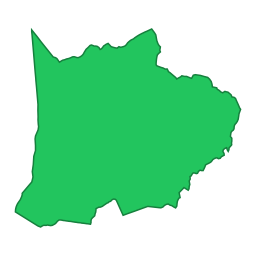 Paulo Afonso, Bahia, Brazil (Equal Earth projection)
{"feature_id": "56859067B73144667932966", "entity_name": "Paulo Afonso", "entity_type": "district", "adm_level": 2, "iso_a3": "BRA", "parent_name": "Brazil", "parent_adm1": "Bahia", "projection": "equal_earth", "projection_center": [-38.262, -9.532], "detail": "fine", "context": "isolated", "style": "filled", "palette": "green", "viewbox_px": 256, "rotation_deg": 0, "n_neighbors": 0, "source": "geoboundaries", "source_scale": "gbopen_adm2", "svg_char_len": 3525}
<svg xmlns="http://www.w3.org/2000/svg" viewBox="0 0 256 256"><path d="M151.7,29.0L149.5,30.0L147.6,30.9L146.5,31.4L145.2,31.9L143.2,32.9L142.1,33.4L139.4,34.8L136.8,36.4L134.6,37.9L133.5,38.9L132.1,39.5L130.6,40.3L129.0,41.6L127.6,42.9L126.3,44.8L124.8,46.1L123.1,46.7L120.8,47.3L118.9,46.7L117.2,48.1L115.5,47.9L112.8,47.2L111.1,46.6L108.1,43.4L106.1,44.3L104.7,45.3L103.6,46.0L102.6,47.5L101.4,48.8L100.1,49.5L99.0,47.6L97.3,46.4L96.0,46.1L94.3,46.1L92.6,45.4L91.3,45.0L90.0,45.5L88.9,46.7L87.9,47.7L86.1,49.3L84.6,51.7L83.1,54.4L81.6,55.9L80.0,56.9L78.4,57.6L76.9,57.6L75.6,57.1L74.0,56.7L72.4,56.9L70.8,57.7L68.7,58.5L66.4,59.0L64.8,59.7L62.7,60.2L61.3,61.0L59.4,62.2L58.1,60.3L56.9,58.6L55.6,57.7L53.2,57.0L40.8,41.5L38.7,38.7L36.7,36.1L31.7,29.9L31.7,31.7L32.0,34.3L33.2,48.3L35.1,71.1L35.8,78.7L35.9,80.5L36.5,86.9L38.0,104.5L37.9,110.2L38.1,116.7L38.0,119.9L38.3,124.4L38.6,126.6L38.1,129.9L35.5,136.0L35.1,139.0L35.5,145.5L35.5,150.6L33.8,156.3L33.3,164.5L32.3,171.6L33.0,177.0L31.8,182.0L29.8,184.3L28.2,186.2L22.2,193.3L22.2,194.9L21.5,197.0L20.3,199.7L18.9,201.7L17.6,203.6L16.7,205.5L16.1,207.1L15.6,209.2L15.4,211.9L38.0,226.0L40.6,227.0L41.7,226.3L43.2,225.4L44.6,225.3L46.1,225.4L47.5,225.0L48.8,225.3L50.7,225.6L52.4,225.3L53.5,224.7L55.0,223.9L56.4,222.6L57.3,221.3L59.1,220.0L60.7,220.0L62.0,220.2L63.3,220.5L64.6,220.6L66.3,220.9L67.9,221.1L69.1,221.3L70.7,221.4L72.8,221.8L74.7,222.1L76.4,222.3L78.0,222.6L79.3,222.7L80.6,222.8L81.8,223.1L83.0,223.2L84.7,223.4L86.6,223.7L88.0,223.8L89.2,224.0L90.5,224.2L91.0,222.6L91.0,220.7L91.4,219.1L92.4,217.9L93.4,217.0L94.7,215.8L95.1,213.7L95.7,212.2L95.9,210.5L96.0,208.7L97.4,207.9L98.8,207.2L100.5,207.1L102.4,206.3L104.2,205.0L105.7,204.0L106.8,203.2L108.2,202.7L109.2,201.7L110.6,201.3L111.9,199.9L113.3,199.1L115.1,199.2L116.3,200.2L123.1,215.3L127.1,213.8L134.5,211.2L141.9,208.5L146.6,206.8L147.8,206.4L159.4,207.7L160.9,207.8L162.9,207.0L164.5,205.4L166.3,204.4L168.2,204.0L169.9,205.1L171.9,205.7L174.0,207.1L175.6,207.9L176.8,206.1L177.1,203.0L177.4,201.3L178.1,199.6L179.0,198.1L180.1,197.6L179.1,192.7L184.0,187.6L188.2,190.2L189.0,188.8L189.2,186.5L189.8,184.4L189.5,182.8L189.2,181.0L190.2,179.1L190.0,176.5L191.3,175.8L191.9,174.4L193.2,172.9L195.0,173.1L196.2,173.6L197.5,173.3L198.5,171.4L200.0,170.2L201.5,170.6L203.1,170.6L204.3,168.2L205.0,166.6L205.5,165.0L206.8,164.2L208.5,163.4L210.7,162.2L211.9,160.9L212.7,159.7L213.8,158.9L215.4,158.1L216.9,157.8L218.4,158.7L220.2,158.3L221.4,156.7L222.7,156.0L224.2,155.2L224.0,153.4L222.9,151.5L223.3,149.8L224.7,148.5L226.6,147.7L227.3,149.9L228.2,151.4L228.9,149.8L229.1,147.8L230.4,146.4L231.7,144.8L231.5,143.1L231.8,141.1L231.8,138.2L230.4,136.5L230.7,134.3L231.0,132.4L232.1,131.0L233.3,130.1L234.0,128.8L234.2,126.3L234.8,124.6L236.1,123.2L237.3,121.4L238.2,119.2L238.7,116.1L239.0,113.8L240.6,109.3L239.6,107.9L238.4,105.0L236.4,100.6L235.5,98.4L234.0,97.3L232.0,97.0L231.0,94.7L227.9,92.1L226.5,91.9L224.9,91.4L222.7,92.8L220.9,92.0L219.3,90.5L217.2,89.2L216.7,87.8L212.4,86.9L212.0,84.2L211.2,81.5L209.6,79.2L207.7,77.4L204.5,76.6L200.3,75.4L195.3,74.7L193.3,75.2L191.6,78.3L190.2,77.9L186.6,76.4L184.4,76.4L181.8,75.8L180.7,76.8L177.9,78.3L176.7,79.0L175.8,77.6L172.1,74.5L170.0,72.7L168.5,71.7L167.2,69.0L165.2,69.1L163.1,68.0L161.3,67.5L159.1,66.7L157.0,65.9L156.1,64.8L156.1,63.1L156.5,59.0L156.9,56.6L157.4,54.9L158.6,53.5L160.4,51.9L159.8,50.2L160.4,46.9L159.0,45.5L157.9,43.6L156.8,40.6L155.8,34.9L154.4,32.6L151.7,29.0Z" fill="#22c55e" stroke="#15803d" stroke-width="1.5"/></svg>